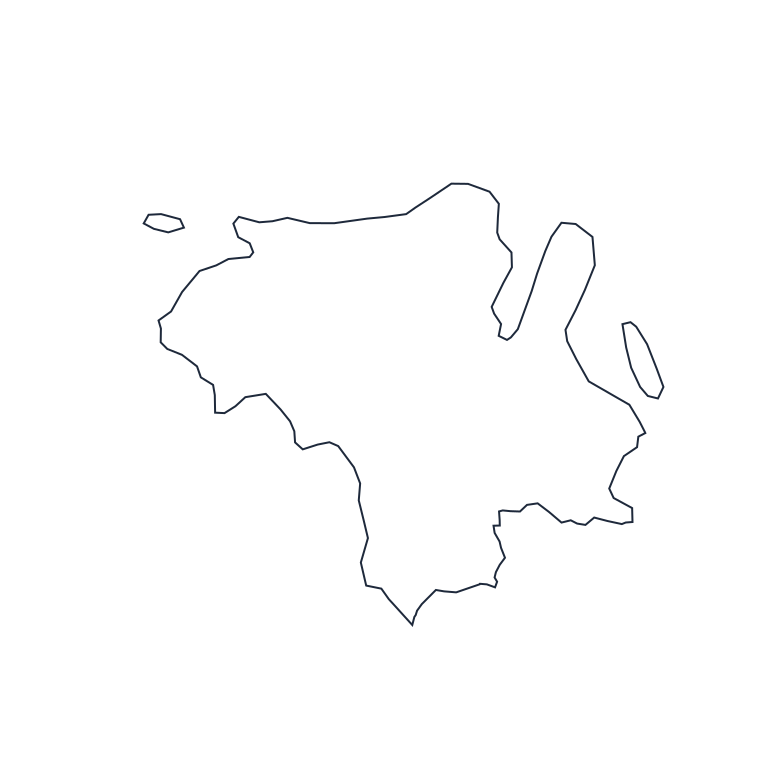 outline of Norrtälje, Stockholm, Sweden, rotated 290°
{"feature_id": "70781695B82449789410879", "entity_name": "Norrtälje", "entity_type": "district", "adm_level": 2, "iso_a3": "SWE", "parent_name": "Sweden", "parent_adm1": "Stockholm", "projection": "mercator", "projection_center": [18.596, 59.894], "detail": "fine", "context": "isolated", "style": "outline", "palette": "slate", "viewbox_px": 768, "rotation_deg": 290, "n_neighbors": 0, "source": "geoboundaries", "source_scale": "gbopen_adm2", "svg_char_len": 2100}
<svg xmlns="http://www.w3.org/2000/svg" viewBox="0 0 768 768"><g transform="rotate(290 384 384)"><path d="M300.6,234.6L299.3,235.1L302.1,244.1L312.3,252.0L324.2,258.2L334.3,276.3L324.7,295.5L316.8,308.5L308.9,315.9L298.7,320.4L294.8,330.0L304.4,342.4L310.6,352.6L310.0,362.2L295.4,384.3L282.4,395.6L266.0,400.1L248.4,411.9L233.7,421.6L208.3,423.3L188.5,436.2L188.5,436.3L190.8,451.5L183.4,462.2L180.5,467.8L167.2,493.0L175.5,492.2L177.7,492.8L182.3,492.6L190.1,494.8L208.2,503.2L209.7,511.4L212.9,523.1L228.5,542.4L229.0,542.4L229.1,542.6L230.9,549.2L230.9,557.9L236.9,557.9L240.0,554.1L245.5,553.5L253.7,554.6L262.1,557.1L270.1,550.0L275.5,546.5L281.9,538.9L288.3,535.4L290.6,541.2L295.5,539.3L303.6,535.7L305.8,538.8L307.8,546.5L310.7,555.4L319.3,559.7L324.4,569.2L320.2,582.8L314.5,598.2L319.8,606.1L318.9,613.2L320.5,621.5L330.4,627.2L331.7,640.9L333.6,654.6L333.7,655.4L336.5,658.5L339.3,664.7L352.3,659.6L355.4,638.8L362.8,631.4L381.8,632.1L398.3,634.1L411.2,643.4L421.5,641.0L426.4,645.5L427.9,647.0L427.3,646.4L435.8,637.3L448.4,621.7L456.5,575.5L473.1,556.2L486.9,541.5L497.0,536.0L519.0,538.8L541.1,540.6L567.7,541.5L593.5,529.6L599.9,509.4L596.2,495.6L579.7,491.0L564.1,490.1L540.2,490.1L521.8,491.0L499.7,491.0L481.3,491.0L471.2,487.3L467.5,484.5L468.5,475.3L480.4,473.5L487.8,463.4L493.3,458.8L519.9,461.6L537.4,464.3L551.2,458.8L559.5,443.2L565.0,438.6L579.7,434.0L592.6,430.3L600.8,417.4L600.8,394.5L595.3,378.8L575.1,364.1L560.4,353.1L551.2,346.7L541.1,327.4L533.7,311.7L518.1,282.3L509.8,259.3L507.1,236.4L498.8,223.5L493.3,211.5L491.4,190.4L483.2,187.6L472.1,196.8L470.3,209.7L463.0,216.1L457.4,214.3L448.2,195.0L438.1,185.8L427.1,172.0L401.4,162.8L379.3,159.1L366.6,150.4L359.8,155.4L346.8,159.9L342.8,168.4L342.3,184.2L336.6,202.3L327.6,209.6L324.7,223.7L315.7,228.8L300.6,234.6ZM521.8,587.6L501.1,599.1L483.8,610.7L468.8,625.7L463.0,636.0L464.1,646.4L476.8,647.6L491.8,634.9L511.4,617.6L524.1,601.4L526.4,594.5L521.8,587.6ZM452.7,103.3L451.1,114.7L452.7,129.4L462.5,142.5L469.1,136.0L467.4,116.4L462.5,104.9L452.7,103.3Z" fill="none" stroke="#1e293b" stroke-width="2"/></g></svg>